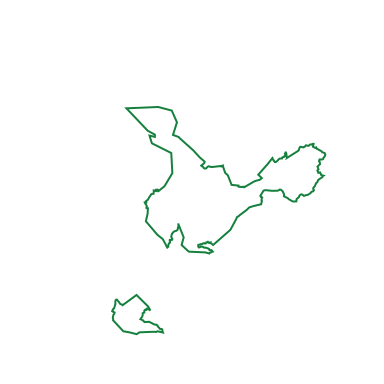 Putla Villa de Guerrero, Oaxaca, Mexico, rotated 59°
{"feature_id": "50627088B16530666088464", "entity_name": "Putla Villa de Guerrero", "entity_type": "district", "adm_level": 2, "iso_a3": "MEX", "parent_name": "Mexico", "parent_adm1": "Oaxaca", "projection": "orthographic", "projection_center": [-97.862, 16.982], "detail": "fine", "context": "isolated", "style": "outline", "palette": "green", "viewbox_px": 384, "rotation_deg": 59, "n_neighbors": 0, "source": "geoboundaries", "source_scale": "gbopen_adm2", "svg_char_len": 5922}
<svg xmlns="http://www.w3.org/2000/svg" viewBox="0 0 384 384"><g transform="rotate(59 192 192)"><path d="M101.7,177.2L86.5,205.1L116.7,198.4L123.7,194.3L125.6,195.4L121.8,199.4L129.6,201.3L147.9,189.7L165.7,199.1L172.9,212.6L173.7,218.5L173.9,220.5L173.4,220.5L173.2,220.2L172.3,220.2L172.0,220.6L171.9,220.9L172.2,221.2L172.3,221.0L172.5,221.3L172.8,221.3L173.0,221.2L172.9,221.4L172.6,221.6L172.8,221.9L172.8,222.3L172.7,222.4L172.4,222.0L171.6,222.2L171.7,222.5L172.0,222.8L171.5,223.4L171.2,223.8L171.0,224.0L171.6,224.3L172.0,224.5L172.2,224.8L173.7,225.8L172.9,227.6L173.1,228.5L174.1,230.5L174.6,231.6L174.8,232.0L175.2,232.5L175.9,233.8L176.0,234.5L176.1,236.0L176.4,236.8L177.2,236.4L177.5,236.6L176.8,237.9L177.7,238.0L180.6,237.9L181.3,238.3L181.7,239.0L182.4,239.3L182.8,238.7L183.2,238.4L183.3,238.2L187.7,241.2L193.3,246.6L199.4,245.6L210.9,243.7L217.3,241.3L226.9,241.8L226.7,240.5L226.0,240.1L225.0,239.3L224.8,238.9L224.4,238.7L224.2,238.3L224.0,236.9L223.5,236.5L221.8,236.0L221.6,235.7L222.7,234.0L222.7,233.5L222.3,233.1L221.9,233.0L220.4,233.0L219.3,232.6L218.4,231.6L218.1,231.2L217.8,231.0L217.4,230.5L217.2,229.7L216.8,228.8L216.7,228.3L216.7,227.0L217.1,226.0L217.1,224.1L216.0,222.9L215.0,222.1L214.6,221.5L213.7,220.7L211.8,220.1L226.6,222.5L232.1,228.2L240.8,225.7L241.6,225.3L250.7,211.6L254.2,208.3L253.2,208.7L253.8,204.9L252.0,205.2L251.6,205.7L251.1,206.7L250.5,207.0L249.7,206.6L249.0,207.0L248.6,207.3L247.7,208.2L246.9,208.8L246.5,209.3L246.0,210.3L245.3,210.4L244.6,211.0L243.3,212.5L243.4,213.4L243.1,214.7L242.4,214.8L240.7,214.1L240.8,213.0L241.1,212.5L241.0,211.8L241.3,211.4L241.5,210.8L241.9,210.4L241.9,209.6L241.7,209.0L242.2,207.8L242.8,207.6L243.1,206.8L243.0,205.7L242.6,205.5L242.8,205.1L242.8,204.1L243.3,204.1L244.2,203.5L244.5,202.7L244.7,203.2L245.3,202.5L245.4,202.1L248.3,201.2L244.2,178.6L238.0,168.1L236.7,166.3L236.8,164.9L236.4,162.9L235.6,154.8L234.7,150.8L235.8,146.3L238.1,139.0L237.0,138.1L236.3,137.2L235.7,136.7L235.1,136.8L234.1,136.0L233.3,135.5L233.1,135.2L233.0,134.8L231.9,134.9L231.5,135.5L230.5,135.4L227.7,130.0L227.9,129.0L228.6,127.6L232.2,122.8L234.9,118.1L235.2,116.8L235.1,116.1L235.1,115.6L235.3,115.4L235.8,114.6L238.3,113.9L239.0,114.1L241.4,114.2L242.0,114.6L242.3,114.9L243.0,115.4L246.6,113.1L247.9,112.8L251.7,110.7L252.3,110.0L253.1,108.9L253.4,107.7L253.7,107.4L251.9,105.9L251.5,103.1L250.7,102.1L250.3,101.4L250.2,100.7L250.3,99.7L250.5,99.2L251.2,98.7L252.9,98.2L253.1,97.8L253.2,97.0L253.3,96.2L253.8,95.0L254.1,94.1L254.0,91.1L253.4,89.4L253.5,89.0L253.8,87.8L253.2,86.5L252.9,86.5L252.4,86.6L251.3,86.3L250.8,85.6L250.4,83.9L249.9,83.2L248.4,81.2L248.1,79.5L247.8,79.0L247.4,78.6L246.8,77.9L246.5,75.5L246.4,72.6L246.0,72.3L245.7,72.0L245.7,70.9L243.9,72.5L243.5,72.5L242.7,72.2L241.1,72.2L241.0,73.2L240.8,73.6L240.6,73.9L239.3,73.5L238.6,73.6L238.2,73.5L238.0,73.3L237.8,72.1L237.7,71.9L234.8,71.3L234.1,68.0L233.8,67.8L233.0,67.5L232.2,67.1L231.8,67.1L231.4,67.3L231.1,67.3L230.7,66.9L230.5,66.5L230.3,66.2L229.9,66.1L229.8,65.9L229.8,65.7L230.2,65.2L230.5,64.9L231.1,63.7L231.3,63.0L231.2,62.5L230.4,61.7L230.0,60.3L229.7,60.0L229.5,59.4L229.0,59.0L228.8,58.6L228.4,58.4L227.7,58.3L227.2,58.3L226.8,58.3L226.2,58.9L225.2,59.6L225.0,59.9L223.5,60.1L223.1,60.3L222.0,61.1L221.5,61.4L220.8,61.6L220.1,62.1L219.6,62.6L219.1,62.8L217.7,62.6L217.6,63.7L215.5,65.0L213.4,63.0L213.1,63.5L212.9,63.8L213.2,64.6L212.9,65.1L212.4,65.5L212.1,66.6L212.5,68.1L212.1,68.8L211.7,69.3L210.7,70.1L210.7,70.4L211.1,71.6L211.2,72.1L211.0,73.0L211.2,73.4L210.2,74.6L209.4,75.3L209.1,75.7L209.1,76.0L209.1,76.5L211.4,79.4L211.7,92.9L211.4,92.5L210.6,92.6L210.1,92.5L208.8,92.0L208.5,91.7L208.3,91.6L208.0,91.6L207.7,91.4L206.7,91.4L206.5,91.2L206.3,91.4L207.0,92.6L207.9,92.7L208.3,92.7L208.7,92.8L208.9,94.2L209.3,94.2L209.4,94.9L209.1,95.5L208.9,96.7L209.0,97.0L209.6,97.5L209.2,98.1L209.0,98.6L208.7,99.6L208.5,99.8L208.5,100.1L208.7,101.1L209.3,102.9L209.4,103.7L209.4,104.9L209.2,105.4L208.9,105.6L208.4,105.6L207.4,105.8L206.9,105.6L206.5,105.8L205.5,106.0L205.2,106.0L204.6,105.5L204.3,105.5L207.2,113.3L211.3,126.3L216.0,125.0L216.1,125.9L216.2,126.1L216.4,126.5L216.3,126.8L216.4,127.6L215.0,132.7L214.8,144.9L214.3,145.2L214.1,145.1L213.1,147.2L212.9,147.5L212.4,147.9L211.8,149.1L211.4,149.3L211.0,149.4L210.4,148.9L206.3,154.4L197.5,152.9L196.0,152.7L192.6,153.7L185.9,152.2L186.1,152.5L185.3,153.5L185.3,152.7L185.2,152.5L180.9,162.0L180.6,162.3L180.0,163.2L179.1,163.9L178.7,164.2L178.5,164.8L178.4,165.2L178.5,166.0L179.0,167.6L179.0,168.0L178.4,169.1L177.5,169.5L176.9,169.6L175.9,169.7L175.6,169.8L174.4,170.5L174.1,170.5L173.6,166.7L172.5,165.5L166.5,167.5L156.8,169.5L139.4,174.9L138.3,175.0L137.1,175.8L133.3,178.9L124.5,169.0L111.8,167.4L101.7,177.2ZM297.5,289.3L296.0,289.0L295.4,288.6L294.4,288.3L293.7,288.7L293.4,289.6L292.9,290.0L291.3,290.1L290.6,290.4L289.9,290.5L289.4,290.5L288.8,290.3L288.2,290.7L287.6,290.7L287.2,291.1L286.7,292.0L284.8,293.4L284.0,293.8L281.0,295.7L280.8,296.6L280.4,297.1L279.7,298.6L279.3,299.0L279.1,299.6L278.5,299.9L277.2,299.9L276.6,300.3L276.4,300.6L275.9,300.7L275.4,301.0L274.4,301.7L273.3,299.1L272.4,297.9L270.5,296.7L270.8,295.0L270.2,294.5L269.3,294.2L268.8,292.9L269.4,292.3L269.6,291.9L269.4,291.5L268.8,291.2L268.7,290.8L269.0,290.3L270.0,289.8L271.0,289.1L271.3,289.1L271.3,288.7L267.8,288.5L251.7,292.6L253.3,309.8L252.3,310.0L251.3,311.0L250.5,311.3L248.8,311.2L247.5,311.6L245.7,311.7L245.2,312.5L245.4,313.2L246.1,313.9L247.0,314.5L248.6,315.4L251.0,318.1L251.4,318.4L251.7,319.3L251.7,319.9L252.1,320.2L252.4,320.6L252.5,321.1L253.0,321.8L253.8,321.5L255.4,320.4L255.9,320.8L256.3,321.3L256.9,322.8L257.5,323.2L258.3,324.1L258.8,324.5L259.5,324.9L260.2,324.9L260.7,325.2L261.2,325.7L276.0,322.6L280.1,317.9L285.4,312.6L285.2,309.4L286.5,307.0L290.2,300.2L292.3,296.5L293.5,294.9L293.6,293.3L296.3,290.5L297.5,289.3Z" fill="none" stroke="#15803d" stroke-width="2"/></g></svg>